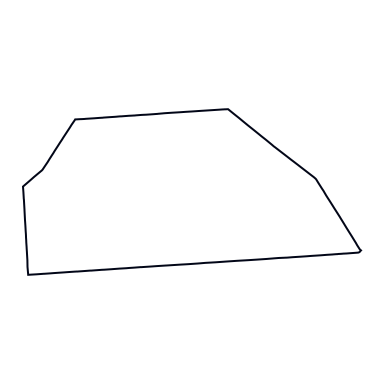 Unley, South Australia, Australia (Equal Earth projection)
{"feature_id": "25037944B81627065680382", "entity_name": "Unley", "entity_type": "district", "adm_level": 2, "iso_a3": "AUS", "parent_name": "Australia", "parent_adm1": "South Australia", "projection": "equal_earth", "projection_center": [138.603, -34.954], "detail": "fine", "context": "isolated", "style": "outline", "palette": "ink", "viewbox_px": 384, "rotation_deg": 0, "n_neighbors": 0, "source": "geoboundaries", "source_scale": "gbopen_adm2", "svg_char_len": 2428}
<svg xmlns="http://www.w3.org/2000/svg" viewBox="0 0 384 384"><path d="M74.6,120.4L71.5,124.9L69.9,127.5L67.2,131.6L63.0,138.0L62.1,139.5L60.1,142.5L57.8,146.1L55.0,150.4L54.3,151.5L53.3,153.2L52.3,154.7L51.2,156.4L49.6,158.9L47.4,162.5L47.1,162.9L44.6,166.6L43.8,167.8L42.6,169.6L41.9,170.4L40.7,171.4L38.9,172.9L35.9,175.4L35.8,175.5L34.1,176.9L30.5,180.1L23.2,186.4L23.0,186.6L23.4,192.1L23.8,199.0L23.9,199.4L24.3,206.5L24.5,210.0L24.5,210.4L25.0,220.2L25.0,220.3L25.1,221.5L25.4,225.9L25.7,231.4L25.9,234.1L26.0,236.3L26.0,237.1L26.2,240.1L26.3,242.7L26.6,247.0L26.7,249.0L26.9,251.8L27.0,253.8L27.4,260.5L27.4,260.9L27.5,266.9L28.2,274.8L36.7,274.3L43.5,273.8L44.0,273.8L49.8,273.4L53.6,273.1L59.4,272.7L63.9,272.4L66.5,272.2L69.4,272.0L75.2,271.6L77.9,271.5L84.8,271.0L90.2,270.6L91.2,270.6L100.7,269.9L101.9,269.8L104.3,269.7L111.6,269.2L118.2,268.7L119.4,268.6L119.7,268.6L126.6,268.2L128.7,268.0L134.6,267.6L139.7,267.2L141.0,267.1L142.0,267.1L149.6,266.6L152.6,266.4L156.7,266.1L166.2,265.5L166.4,265.5L174.3,265.0L180.5,264.6L187.7,264.2L195.0,263.7L198.0,263.5L205.0,262.9L215.5,262.3L226.8,261.5L237.2,260.8L247.8,260.2L257.0,259.6L266.0,259.0L278.4,258.0L287.6,257.6L292.4,257.2L300.4,256.7L306.3,256.3L311.5,255.9L320.8,255.3L327.2,254.8L332.1,254.5L335.7,254.2L337.6,254.1L338.0,254.0L341.6,253.8L343.7,253.6L343.8,253.6L344.0,253.6L346.3,253.5L358.3,252.6L359.3,252.2L359.9,251.7L360.7,250.7L361.0,250.4L359.9,249.5L357.2,245.3L355.7,242.6L355.3,242.0L351.8,236.3L348.7,231.4L346.4,227.7L343.0,222.1L340.7,218.4L340.0,217.2L338.6,215.0L334.0,207.8L333.2,206.5L330.1,201.6L327.2,197.1L326.0,195.2L323.4,190.7L322.1,188.8L318.6,183.3L316.2,179.4L315.6,178.7L313.9,177.2L310.5,174.6L305.7,170.9L293.9,161.8L291.1,159.7L286.6,156.2L278.7,150.1L274.8,147.1L273.7,146.3L272.0,144.8L265.7,139.6L261.5,136.3L258.7,134.0L253.0,129.4L247.6,125.1L243.0,121.3L242.4,120.8L238.9,117.9L234.0,114.0L230.3,111.0L228.1,109.2L223.3,109.4L223.2,109.4L218.9,109.7L214.3,110.0L209.6,110.3L200.3,110.9L191.5,111.5L186.3,111.8L179.1,112.3L172.4,112.7L164.8,113.2L161.5,113.5L158.2,113.8L157.4,113.9L156.0,114.0L153.4,114.2L146.2,114.7L141.8,114.9L140.4,115.0L136.6,115.3L134.4,115.5L130.6,115.7L128.6,115.8L122.0,116.3L119.7,116.4L115.3,116.8L109.1,117.2L103.4,117.6L102.8,117.7L99.4,117.9L94.1,118.3L90.8,118.5L86.1,118.8L84.0,119.0L79.4,119.2L76.0,119.4L75.2,119.4L74.6,120.4Z" fill="none" stroke="#020617" stroke-width="2"/></svg>